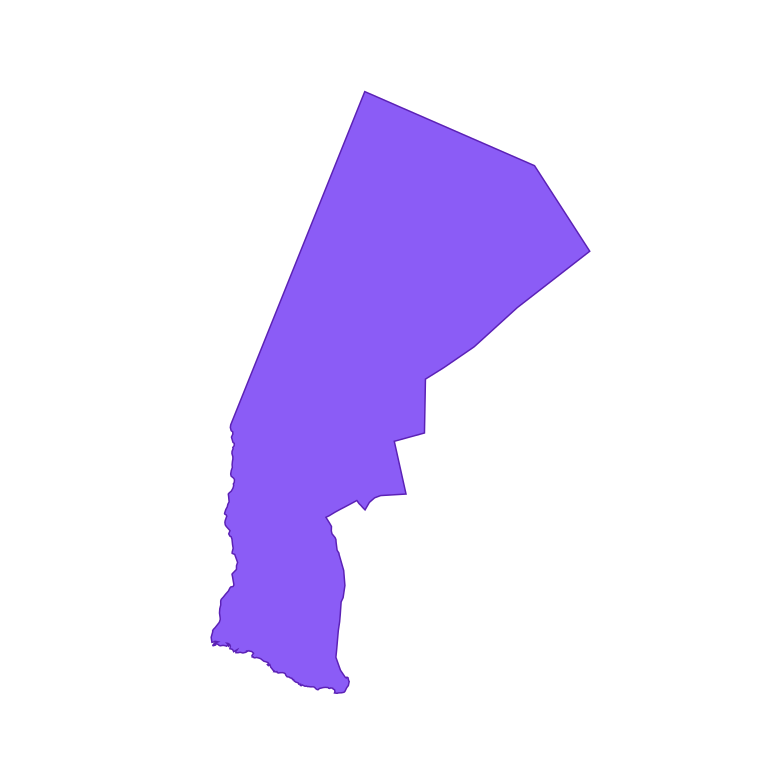 Faasaleleaga II, Fa'asaleleaga, Samoa (Robinson projection), rotated 75°
{"feature_id": "51752279B41947218323139", "entity_name": "Faasaleleaga II", "entity_type": "district", "adm_level": 2, "iso_a3": "WSM", "parent_name": "Samoa", "parent_adm1": "Fa'asaleleaga", "projection": "robinson", "projection_center": [-172.209, -13.636], "detail": "fine", "context": "isolated", "style": "filled", "palette": "violet", "viewbox_px": 768, "rotation_deg": 75, "n_neighbors": 0, "source": "geoboundaries", "source_scale": "gbopen_adm2", "svg_char_len": 3277}
<svg xmlns="http://www.w3.org/2000/svg" viewBox="0 0 768 768"><g transform="rotate(75 384 384)"><path d="M589.0,617.1L589.1,615.1L588.8,614.3L589.0,613.3L590.1,611.1L590.5,614.4L591.1,615.8L592.1,617.0L592.6,616.8L592.6,615.3L591.8,615.5L591.5,614.9L592.3,614.1L591.4,613.5L592.5,611.8L593.7,611.0L594.5,610.0L594.8,607.1L595.8,604.9L596.5,604.0L595.6,602.6L597.0,602.1L596.5,601.3L593.8,602.8L594.2,601.8L595.7,600.5L597.4,600.2L599.8,601.4L600.9,599.4L602.2,598.7L603.7,598.5L602.6,594.4L602.7,594.5L603.3,595.8L604.5,596.5L605.2,596.6L605.8,594.4L605.9,592.4L607.3,589.9L607.4,587.3L607.2,586.2L606.4,586.0L606.3,585.2L606.9,584.8L606.6,583.5L607.3,582.9L608.1,581.1L608.8,580.6L610.3,579.7L612.0,581.8L613.5,582.0L613.7,581.0L614.3,581.0L615.1,579.7L615.2,577.8L616.7,575.2L617.5,574.2L620.7,571.8L621.8,569.9L623.1,568.1L624.2,567.8L624.8,569.3L626.1,568.6L625.6,566.9L628.3,566.7L629.8,566.0L631.8,565.2L632.7,564.4L633.3,564.9L634.1,563.0L634.1,561.9L635.1,561.8L635.8,560.9L636.0,559.0L636.6,556.5L637.4,555.2L638.2,554.4L639.9,554.2L641.7,553.4L642.4,551.7L643.6,550.6L644.5,549.1L645.9,548.8L646.1,547.9L647.5,547.7L649.1,546.4L649.8,545.2L650.6,544.2L651.8,544.1L652.4,542.3L653.5,542.8L654.0,542.0L653.5,540.9L655.5,538.6L655.8,537.0L656.5,536.2L656.7,535.2L657.5,533.4L658.2,530.6L659.1,529.5L660.6,528.8L662.0,527.5L662.2,526.6L661.4,525.2L661.5,521.1L661.9,519.0L662.7,516.6L663.5,516.2L664.0,515.2L663.7,514.1L664.7,512.2L665.5,512.1L666.5,510.9L668.4,511.0L669.6,511.8L670.6,509.4L670.6,507.9L671.3,504.7L671.4,502.4L670.8,501.3L667.7,498.6L666.1,496.5L662.3,494.6L661.3,494.9L658.4,494.8L657.6,495.7L658.2,496.5L657.1,497.4L649.3,500.1L645.8,500.4L635.5,501.2L629.2,498.8L610.5,492.0L602.2,488.4L595.6,486.0L583.4,481.8L579.8,478.8L568.5,473.9L553.7,471.2L537.0,471.5L535.7,471.3L533.2,472.1L532.2,472.3L524.3,471.2L521.8,470.7L519.7,471.0L515.2,473.0L512.3,472.9L508.0,471.6L504.6,472.5L497.7,474.6L497.1,471.2L495.2,464.7L493.7,458.6L492.9,454.9L490.2,443.2L489.5,440.4L493.2,439.0L495.2,437.8L497.9,436.5L500.7,434.9L494.6,428.8L491.5,422.5L490.9,416.1L496.0,391.2L442.0,388.9L441.9,374.9L441.8,357.6L390.0,342.7L383.7,322.1L371.4,287.3L344.7,235.5L309.0,150.9L212.1,182.1L119.6,298.1L96.6,326.9L383.7,542.6L386.3,543.7L389.5,543.7L391.1,542.5L393.3,543.0L395.8,545.1L401.3,545.0L402.6,544.0L404.8,544.7L406.2,546.5L407.4,546.5L409.7,548.2L411.9,548.9L415.1,548.8L417.3,549.4L419.4,550.4L422.6,551.6L425.4,552.1L428.0,553.9L431.3,555.4L433.4,555.5L436.1,553.6L437.7,553.2L440.3,554.1L441.5,555.4L442.8,555.4L444.5,556.2L445.9,557.2L448.0,559.3L449.0,561.5L450.0,562.9L452.4,563.2L457.7,564.1L459.8,566.0L462.1,567.2L464.3,569.3L467.7,571.5L468.4,571.5L469.6,570.3L471.0,570.1L474.6,572.6L476.5,573.5L479.0,573.8L480.9,573.2L485.8,570.7L488.6,572.8L491.1,572.2L491.9,571.2L494.5,571.0L500.1,571.9L503.6,572.2L507.1,574.2L508.3,574.5L510.0,572.3L518.5,571.6L521.3,573.5L524.9,574.5L528.0,579.7L528.6,580.1L531.1,580.2L535.0,580.6L538.7,580.9L539.7,581.3L540.5,582.2L540.4,584.6L541.2,585.7L543.7,587.9L546.0,591.4L548.1,594.2L549.9,597.0L551.3,597.9L555.2,598.9L558.6,600.8L562.7,602.2L567.7,602.8L569.2,603.2L571.6,604.8L575.6,610.2L577.0,612.5L578.2,613.5L578.9,613.5L583.9,616.5L589.0,617.1Z" fill="#8b5cf6" stroke="#5b21b6" stroke-width="1.5"/></g></svg>